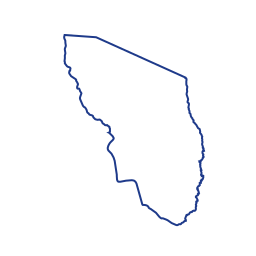 an SVG outline of Jonglei, rotated 201°
{"feature_id": "SDS-870", "entity_name": "Jonglei", "entity_type": "State", "adm_level": 1, "iso_a3": "SSD", "parent_name": "South Sudan", "parent_adm1": "", "projection": "albers", "projection_center": [31.68, 7.658], "detail": "fine", "context": "isolated", "style": "outline", "palette": "blue", "viewbox_px": 256, "rotation_deg": 201, "n_neighbors": 0, "source": "natural_earth", "source_scale": "10m", "svg_char_len": 5041}
<svg xmlns="http://www.w3.org/2000/svg" viewBox="0 0 256 256"><g transform="rotate(201 128 128)"><path d="M144.2,116.9L144.1,117.0L143.6,117.5L143.5,118.0L144.5,120.6L144.8,121.2L145.5,121.6L145.6,121.9L145.7,122.3L145.9,122.5L146.2,122.6L147.2,122.7L148.1,123.1L148.6,123.2L148.8,122.9L149.0,122.8L150.3,122.5L150.6,122.5L151.7,123.0L152.9,123.2L153.3,123.3L153.9,123.8L154.5,124.5L155.2,125.1L157.3,125.7L157.8,125.6L158.8,125.0L159.1,124.8L160.8,124.5L161.8,124.5L162.4,124.7L162.8,125.0L163.5,125.2L163.9,125.4L164.3,125.7L164.8,126.4L165.2,126.7L166.0,126.9L168.5,126.7L169.0,126.8L170.0,127.5L171.2,127.8L171.6,128.0L172.1,128.6L173.4,130.3L175.3,131.7L175.7,131.8L176.5,131.9L176.9,132.0L178.1,132.7L182.9,137.6L183.6,138.7L183.8,140.0L183.9,143.6L184.0,143.8L186.0,145.3L187.1,146.7L187.8,147.2L188.5,147.0L189.2,146.7L189.7,147.0L190.1,147.7L190.3,148.5L190.3,149.7L190.3,150.2L190.4,151.0L190.7,151.4L191.0,151.5L191.2,151.8L191.6,152.3L193.2,153.4L193.4,153.6L193.6,154.3L193.9,154.5L194.1,154.6L194.3,154.8L199.7,156.0L202.3,157.8L202.6,158.3L202.9,158.9L203.0,159.6L203.1,160.3L202.6,160.7L202.6,161.0L202.8,161.4L202.8,161.5L203.1,163.1L203.6,163.5L204.2,163.7L205.9,163.6L206.7,163.7L207.4,164.0L210.1,165.7L210.3,166.2L210.5,166.9L211.0,167.4L211.2,167.6L211.6,169.2L212.0,170.7L212.9,172.9L213.2,175.2L213.6,176.0L215.1,178.6L215.4,179.6L215.4,181.9L215.6,182.7L217.0,185.1L217.8,187.0L218.4,187.7L219.2,188.4L219.8,189.2L220.2,190.0L220.5,192.1L190.3,201.3L113.4,196.9L92.6,195.7L92.3,195.1L92.1,195.1L91.8,195.3L91.6,195.3L91.2,195.0L90.9,194.5L90.6,194.0L90.5,193.6L90.4,192.8L89.2,189.7L88.8,189.1L88.4,188.6L88.0,188.4L87.5,187.9L87.2,187.0L86.8,185.2L85.8,183.2L85.7,181.6L85.5,180.9L85.3,180.3L84.9,179.8L82.4,176.8L82.0,175.8L81.9,174.1L81.6,173.4L81.1,173.1L80.4,173.0L79.9,172.6L79.6,172.0L79.4,171.2L79.1,169.4L78.9,168.6L78.4,168.3L78.2,168.1L78.1,167.8L78.1,167.4L77.9,167.1L76.7,165.9L76.4,165.2L76.2,164.5L75.9,164.0L75.2,163.8L74.7,163.5L74.4,163.0L73.8,161.9L72.9,161.0L72.3,160.5L71.5,160.2L71.3,159.9L70.7,159.3L70.4,159.1L69.7,158.8L69.5,158.7L69.4,158.3L69.2,157.4L69.0,157.0L68.6,156.8L67.6,156.6L67.3,156.4L66.7,156.0L65.4,155.4L62.8,153.2L62.5,153.0L61.5,152.8L61.2,152.8L60.8,152.7L60.6,152.5L59.6,151.0L59.4,150.7L59.3,150.4L59.2,149.7L58.9,149.2L57.1,148.2L56.3,147.1L55.8,146.8L55.6,146.6L55.4,145.3L55.2,144.8L54.8,144.4L54.4,143.6L54.2,142.6L53.5,141.8L53.3,141.2L53.1,139.6L52.7,138.9L51.5,137.6L51.3,136.8L51.1,136.3L50.9,136.2L50.5,136.3L50.2,136.1L50.3,135.5L50.2,135.3L49.8,135.0L49.7,134.8L49.5,134.7L49.1,134.3L48.8,133.9L49.0,133.7L49.5,133.7L49.8,133.6L49.9,133.3L50.0,132.8L49.8,132.1L49.5,131.3L49.0,130.8L48.2,130.4L48.1,130.0L48.2,129.5L48.1,129.2L47.9,128.9L47.3,128.5L47.0,128.1L47.1,127.8L47.4,127.6L47.6,127.3L47.3,126.6L47.6,124.8L47.8,124.6L47.9,124.4L48.1,124.1L48.3,123.8L48.6,123.6L48.7,123.3L48.4,123.0L48.4,122.7L48.7,122.7L48.8,122.7L49.0,122.6L48.4,122.3L48.1,122.3L48.1,122.0L48.7,121.6L48.4,121.4L47.9,121.1L47.6,120.8L47.6,119.7L47.5,119.4L47.1,119.2L46.7,117.8L44.4,115.0L44.9,114.6L44.4,113.9L43.6,113.0L43.2,112.3L43.1,111.8L43.1,111.2L43.1,110.6L42.8,110.2L42.4,110.2L41.9,110.4L41.6,110.4L41.6,109.6L40.5,110.1L40.0,108.9L39.9,107.2L40.1,106.4L40.7,106.2L40.6,105.8L40.4,105.3L40.4,105.1L41.1,104.9L41.0,104.3L40.3,103.0L40.5,102.9L41.3,102.4L41.1,102.0L40.9,100.9L40.5,100.5L40.8,99.5L41.0,99.3L41.3,99.1L41.5,98.9L41.7,97.9L41.9,97.3L41.9,96.8L41.6,96.0L41.4,96.0L41.0,96.1L40.8,96.0L40.8,95.9L40.8,95.4L40.8,95.2L39.7,94.4L39.4,93.9L38.8,93.3L38.7,92.9L38.8,92.4L39.0,92.0L39.1,91.7L38.7,91.4L38.7,91.6L38.7,91.9L38.7,92.0L38.4,92.0L38.5,91.5L38.6,91.0L38.8,90.5L39.0,90.1L39.7,89.1L40.0,88.6L40.0,88.0L39.8,87.7L39.5,87.6L39.2,87.6L39.0,87.4L37.5,86.0L37.1,85.6L36.9,85.0L37.3,84.7L37.7,84.2L37.9,83.7L37.7,83.2L37.4,83.4L37.2,82.8L37.2,81.4L37.2,80.8L37.0,80.4L36.5,80.0L36.4,79.7L36.3,79.4L36.4,78.9L36.4,78.6L36.2,78.0L35.8,77.2L35.6,76.7L35.5,76.1L35.6,75.4L35.8,74.9L36.1,74.6L36.4,74.5L37.0,74.4L37.9,73.6L38.0,73.5L38.0,73.3L38.1,72.7L38.4,72.3L39.0,72.1L39.3,71.9L39.7,71.5L39.9,71.1L40.1,69.8L40.4,69.1L41.0,68.7L41.5,68.4L42.0,67.9L41.7,67.6L41.8,67.4L42.0,67.2L42.2,66.9L42.2,64.3L42.1,63.8L41.9,63.5L41.6,63.4L41.2,63.1L40.7,62.1L41.1,61.8L41.8,61.5L42.2,60.8L42.4,60.0L42.9,59.4L43.4,59.0L43.8,58.6L44.2,57.3L44.6,56.9L45.3,56.7L45.8,56.5L46.2,56.1L46.6,55.5L47.0,55.1L47.6,54.8L48.4,54.7L53.1,54.9L58.0,56.1L59.6,56.2L62.7,56.2L63.3,56.1L63.8,55.9L64.3,55.6L65.2,55.7L66.9,56.3L71.5,58.9L77.6,60.5L79.3,60.7L80.1,61.0L80.5,61.4L80.8,61.8L81.5,62.1L82.3,62.3L82.9,62.4L84.6,62.2L86.3,61.6L86.5,61.5L86.8,61.5L87.0,61.6L87.4,62.0L100.2,79.2L101.5,80.3L103.1,81.0L104.6,80.9L105.8,80.6L111.0,78.1L115.7,75.2L116.6,74.8L117.5,74.5L118.2,74.5L119.0,75.0L119.8,76.0L121.1,78.8L121.8,80.5L128.7,92.6L130.9,95.3L134.2,98.1L138.3,100.0L139.2,100.9L139.8,102.1L140.0,104.1L139.9,105.6L139.6,107.3L139.1,108.7L137.9,111.3L137.6,112.4L137.7,113.4L138.7,114.3L139.5,114.9L144.1,116.9L144.2,116.9Z" fill="none" stroke="#1e3a8a" stroke-width="2"/></g></svg>